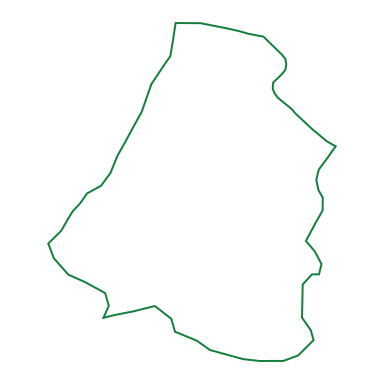 Tongchang, P'yŏngan-bukto, North Korea (orthographic projection)
{"feature_id": "82179303B87943019672886", "entity_name": "Tongchang", "entity_type": "district", "adm_level": 2, "iso_a3": "PRK", "parent_name": "North Korea", "parent_adm1": "P'yŏngan-bukto", "projection": "orthographic", "projection_center": [125.536, 40.225], "detail": "fine", "context": "isolated", "style": "outline", "palette": "green", "viewbox_px": 384, "rotation_deg": 0, "n_neighbors": 0, "source": "geoboundaries", "source_scale": "gbopen_adm2", "svg_char_len": 995}
<svg xmlns="http://www.w3.org/2000/svg" viewBox="0 0 384 384"><path d="M72.9,211.1L68.6,217.9L61.2,230.8L48.3,243.5L53.8,258.2L68.4,274.7L85.0,282.1L105.2,293.1L108.8,305.9L103.5,317.8L114.3,315.1L132.7,311.5L154.8,306.0L171.3,318.8L175.0,331.7L197.0,340.8L209.9,350.0L243.0,359.1L259.6,361.0L283.5,360.9L298.2,355.4L313.6,340.1L310.9,330.5L302.0,317.6L302.4,299.8L302.7,284.4L312.1,274.3L319.0,274.3L321.5,264.1L314.8,251.3L305.9,241.0L315.4,223.2L322.6,210.5L322.8,197.7L318.4,190.0L316.3,179.8L318.8,169.6L328.2,156.9L335.7,146.2L332.1,144.4L326.6,141.1L312.8,129.7L295.6,113.6L291.6,109.0L277.7,97.6L274.4,93.0L272.7,88.4L273.2,82.5L282.0,74.1L285.5,69.5L286.3,64.2L285.5,59.1L281.8,54.5L278.7,51.5L263.4,36.6L248.5,33.8L239.4,31.2L228.0,28.6L214.4,25.9L200.7,23.2L187.0,23.1L175.6,23.0L172.9,40.9L170.3,56.2L163.2,66.4L151.4,84.1L141.6,112.1L134.5,124.8L124.9,142.6L117.7,155.3L110.4,173.1L101.0,185.8L87.1,193.4L80.0,203.5L72.9,211.1Z" fill="none" stroke="#15803d" stroke-width="2"/></svg>